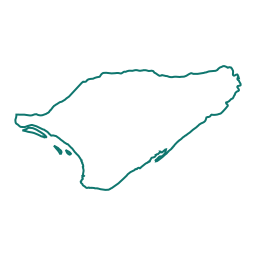 Cidade Da Beira, Sofala, Mozambique
{"feature_id": "85939544B78683919401949", "entity_name": "Cidade Da Beira", "entity_type": "district", "adm_level": 2, "iso_a3": "MOZ", "parent_name": "Mozambique", "parent_adm1": "Sofala", "projection": "albers", "projection_center": [34.842, -19.735], "detail": "fine", "context": "isolated", "style": "outline", "palette": "teal", "viewbox_px": 256, "rotation_deg": 0, "n_neighbors": 0, "source": "geoboundaries", "source_scale": "gbopen_adm2", "svg_char_len": 5704}
<svg xmlns="http://www.w3.org/2000/svg" viewBox="0 0 256 256"><path d="M234.9,94.5L235.2,93.3L236.0,92.3L237.3,91.3L238.3,91.0L238.9,90.3L238.8,89.4L237.3,87.1L237.3,86.8L237.7,86.1L240.2,85.5L240.5,85.3L240.6,85.0L240.6,84.2L240.5,83.7L239.2,81.5L239.0,80.8L238.8,80.4L238.1,80.1L237.9,79.7L237.5,79.4L237.4,79.0L237.4,78.7L237.8,78.0L237.8,77.8L238.8,78.0L238.3,76.3L238.0,75.9L237.6,74.8L237.3,74.5L236.1,74.7L234.4,75.6L233.7,75.6L233.1,75.1L232.9,74.3L233.1,72.0L233.0,70.8L231.8,68.4L231.5,68.3L231.0,67.5L229.4,67.2L229.0,67.2L228.6,67.5L227.9,67.7L227.5,67.7L227.2,67.4L227.0,67.1L224.4,66.1L223.2,66.1L221.4,67.0L220.4,67.3L219.7,67.7L218.4,68.7L218.0,69.3L217.7,69.4L217.3,70.0L215.6,70.8L209.8,71.3L208.6,71.5L206.1,72.4L204.6,72.6L203.9,72.9L197.5,73.9L193.5,73.9L191.4,73.2L190.7,73.3L188.7,74.3L186.5,75.7L185.8,76.0L184.2,76.6L183.2,76.7L181.0,76.8L179.8,77.0L175.8,76.7L174.0,76.8L172.4,77.1L170.7,77.1L169.3,76.9L167.1,76.1L165.8,76.0L162.0,75.1L161.7,75.4L159.7,75.8L158.7,75.4L155.4,73.1L154.6,72.8L154.2,72.5L153.6,71.5L153.3,71.4L153.0,71.0L151.4,70.7L151.1,70.8L148.8,71.0L147.6,70.7L146.6,70.4L145.5,70.2L143.4,70.2L142.8,70.4L140.0,70.8L138.6,70.6L137.6,70.3L136.1,70.1L135.0,70.2L132.5,70.8L129.1,70.7L127.1,71.2L125.7,71.8L124.5,71.7L123.7,71.9L122.1,73.0L121.0,73.5L118.2,73.0L116.8,73.0L115.0,73.2L111.6,73.4L106.2,72.8L103.8,72.9L103.1,73.0L101.7,73.9L101.5,74.2L101.2,74.5L100.5,75.5L99.8,76.6L99.4,76.8L96.7,77.3L94.8,77.9L93.1,78.7L90.6,78.9L88.5,79.3L87.8,79.7L87.6,80.0L87.2,80.1L86.3,81.3L85.6,81.7L83.7,81.9L83.2,81.7L81.8,82.8L69.0,96.6L66.4,98.4L65.0,99.7L61.7,101.7L59.8,102.2L56.3,104.5L55.9,104.6L54.5,105.7L54.0,105.9L53.3,106.8L52.9,107.1L52.2,108.2L51.9,108.4L51.7,108.8L51.0,109.7L50.7,109.9L50.5,110.3L50.0,110.5L49.5,111.4L49.2,111.6L49.0,112.1L48.7,112.2L48.4,112.6L47.0,113.3L46.3,113.8L42.4,115.2L40.8,115.4L39.8,115.3L38.2,115.0L36.4,114.2L34.5,114.4L32.0,115.3L30.2,115.5L24.5,114.7L16.4,114.6L16.4,115.3L16.2,117.1L15.4,119.7L15.4,120.7L15.6,122.4L15.9,123.1L16.5,123.8L17.7,124.5L19.8,126.4L20.8,126.9L24.1,127.1L25.3,126.9L27.3,126.1L30.5,125.2L31.4,125.0L32.2,125.0L36.5,126.3L42.5,129.2L43.2,129.5L44.2,129.7L44.8,130.2L47.3,131.8L48.3,132.7L48.5,133.0L49.2,133.8L51.2,135.6L53.1,135.4L56.1,136.1L59.6,138.6L60.4,139.4L63.7,141.8L64.3,142.5L65.2,142.9L66.8,144.0L67.6,144.1L67.9,144.3L71.2,147.7L72.2,148.5L75.0,152.3L75.6,152.8L76.5,153.9L77.4,154.7L78.8,156.2L79.6,157.5L80.4,158.6L80.9,159.7L81.5,160.3L82.4,160.7L81.5,160.7L81.3,160.8L81.3,161.0L81.8,161.6L82.0,162.8L82.4,163.0L82.5,163.9L83.0,164.8L83.2,165.9L83.2,166.6L82.8,166.8L82.8,167.0L83.1,167.7L83.1,168.3L83.4,169.1L83.6,170.9L83.1,173.6L82.9,175.2L83.0,175.3L83.7,175.6L84.0,175.9L83.7,176.2L83.5,176.3L83.1,176.2L82.7,176.1L82.5,175.7L82.3,175.8L82.4,176.4L82.3,177.7L82.4,178.1L82.7,178.4L82.8,178.9L81.6,180.1L81.2,181.3L80.8,181.4L80.7,181.8L81.1,182.9L82.4,184.1L82.8,185.1L83.2,185.5L85.2,186.8L85.5,187.2L86.5,187.9L87.4,187.9L88.9,187.5L89.1,187.6L89.1,187.8L89.3,187.9L91.1,187.8L91.5,187.9L91.8,187.8L92.1,187.9L92.9,187.9L94.1,188.0L94.9,188.3L96.8,188.3L97.5,188.5L97.7,188.4L100.5,189.2L105.5,189.9L108.6,189.7L109.8,189.1L110.1,189.0L110.5,188.6L111.7,188.1L118.4,183.4L123.8,178.4L126.7,175.6L127.7,174.3L130.5,172.1L134.5,170.1L135.4,169.1L136.7,169.1L137.1,168.9L137.3,168.4L137.9,168.1L138.5,167.8L139.3,167.9L139.9,168.3L140.5,167.9L141.2,167.1L145.2,163.9L146.4,163.1L147.4,162.8L148.0,162.3L148.9,161.9L149.6,161.5L149.5,161.3L149.1,161.3L149.9,160.7L151.4,158.1L151.6,157.8L153.4,157.4L154.7,156.9L156.0,155.3L155.8,154.9L156.2,154.8L156.6,154.4L158.0,154.1L158.7,153.3L160.1,152.4L159.9,151.6L160.4,151.7L160.6,151.6L161.6,152.4L162.0,152.4L163.3,151.4L163.6,150.9L164.7,150.2L165.2,149.6L166.0,149.4L165.2,153.1L162.9,155.6L162.5,155.9L161.8,156.3L159.7,156.5L159.1,156.9L158.6,157.5L157.8,158.2L156.6,159.5L155.8,159.9L155.7,160.1L156.6,160.4L156.5,160.8L156.1,160.9L156.0,161.3L157.0,161.1L158.6,160.0L162.4,157.1L165.0,154.7L166.7,153.4L167.7,152.1L168.0,151.9L168.1,151.6L168.4,151.5L168.6,151.1L171.3,149.0L171.5,148.6L171.8,148.4L172.0,148.0L172.4,147.8L172.5,147.4L173.3,146.7L173.5,146.2L173.9,146.0L174.4,145.3L174.6,144.9L177.5,141.9L177.9,141.7L178.1,141.3L178.8,140.9L179.0,140.6L179.3,140.4L179.5,140.1L179.9,140.0L181.2,139.0L183.1,137.2L184.4,136.4L184.6,136.1L185.7,135.4L186.1,135.3L186.3,135.0L187.1,134.5L187.6,134.0L188.0,133.8L188.2,133.6L189.7,132.6L192.9,129.8L196.5,127.2L197.6,126.1L198.2,125.7L199.2,124.6L201.3,123.3L202.8,122.7L204.2,121.9L205.2,120.9L205.6,120.1L206.4,117.8L206.4,117.5L207.5,117.0L208.6,117.0L210.0,116.4L211.1,115.0L211.5,114.7L213.5,114.9L215.7,114.8L217.5,114.5L219.3,113.9L219.7,113.9L221.0,113.3L223.2,111.2L223.4,110.8L223.7,110.6L225.7,108.4L227.8,105.8L227.7,105.2L227.4,104.5L226.3,103.6L226.1,102.9L226.1,102.5L226.8,102.2L227.5,102.1L229.2,101.1L229.5,100.7L229.8,100.5L231.0,99.2L232.7,98.4L233.4,97.3L234.0,95.9L234.6,95.1L234.7,94.6L234.9,94.5ZM42.3,136.6L42.3,136.4L42.5,136.3L43.2,136.5L43.7,136.8L44.3,137.4L45.2,137.2L46.2,137.2L46.3,137.0L45.8,136.2L44.1,134.5L40.7,132.2L38.9,131.2L36.5,129.7L34.7,128.9L32.7,128.1L29.8,127.8L28.5,127.8L27.9,128.1L26.8,128.9L23.4,130.2L22.4,130.4L26.1,131.2L28.0,131.8L32.1,132.5L34.3,133.1L37.9,134.6L40.0,135.6L41.2,136.3L42.3,136.6ZM60.1,153.8L60.6,153.7L60.8,153.5L61.0,153.6L61.1,153.4L60.3,152.4L60.5,152.3L61.1,152.4L61.5,152.1L61.3,151.3L60.8,150.5L59.0,149.0L58.2,148.1L54.9,146.2L53.9,145.8L55.3,147.3L55.7,147.9L57.9,150.4L58.9,151.7L60.1,153.8ZM66.3,150.4L66.1,150.6L66.8,152.2L67.2,152.9L68.1,153.8L69.4,154.6L69.8,154.4L70.3,154.4L70.7,154.1L70.9,153.7L70.0,152.6L69.0,151.8L66.3,150.4Z" fill="none" stroke="#0f766e" stroke-width="2"/></svg>